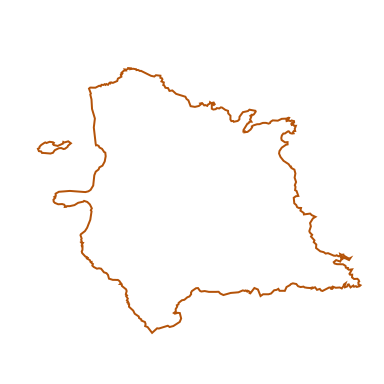 Ende, Nusa Tenggara Timur, Indonesia, rotated 74°
{"feature_id": "22746128B46201528673681", "entity_name": "Ende", "entity_type": "district", "adm_level": 2, "iso_a3": "IDN", "parent_name": "Indonesia", "parent_adm1": "Nusa Tenggara Timur", "projection": "equal_earth", "projection_center": [121.742, -8.674], "detail": "fine", "context": "isolated", "style": "outline", "palette": "amber", "viewbox_px": 384, "rotation_deg": 74, "n_neighbors": 0, "source": "geoboundaries", "source_scale": "gbopen_adm2", "svg_char_len": 5949}
<svg xmlns="http://www.w3.org/2000/svg" viewBox="0 0 384 384"><g transform="rotate(74 192 192)"><path d="M320.5,98.8L320.4,95.9L322.4,95.0L323.1,93.8L321.6,86.5L321.9,85.5L323.4,85.0L323.8,84.1L323.4,83.3L322.1,83.7L321.7,82.9L323.7,80.2L324.5,76.3L326.0,74.6L323.8,71.9L322.8,71.5L322.1,69.6L324.6,71.4L325.8,71.3L325.5,68.7L324.0,67.8L324.0,66.8L327.4,65.9L326.4,62.7L327.7,62.4L327.7,60.4L328.7,59.7L328.7,57.0L328.1,55.8L326.7,57.4L324.7,57.0L324.0,55.9L322.3,56.2L321.0,57.0L320.3,60.2L318.2,61.7L315.6,60.8L315.1,62.8L314.1,63.2L310.5,59.5L310.0,62.6L308.8,63.6L308.0,63.1L307.1,65.0L305.3,64.8L303.1,66.8L301.3,72.6L300.0,74.7L298.5,75.1L297.2,72.2L299.7,68.7L298.3,67.5L298.0,66.3L296.2,67.0L295.5,65.8L297.5,64.2L297.7,63.2L300.7,59.8L299.1,57.9L299.3,59.1L298.4,60.4L294.9,63.7L293.9,63.7L293.6,65.6L292.5,66.7L294.2,66.8L294.1,69.0L292.7,70.3L292.9,71.4L292.3,73.2L288.3,78.1L288.0,80.5L286.1,82.0L284.4,85.0L280.0,88.2L276.7,87.0L273.7,88.8L272.2,87.6L267.6,89.9L266.3,88.3L263.4,89.9L261.9,90.0L257.8,87.2L254.4,87.1L250.7,83.0L249.9,80.2L247.2,83.3L245.3,84.4L244.4,90.6L242.9,90.4L239.8,92.9L237.4,91.6L236.7,93.9L235.5,95.1L233.2,95.4L231.1,96.8L225.6,95.8L224.7,93.4L225.1,90.9L219.9,91.2L218.6,92.4L215.6,91.1L213.8,91.3L211.1,89.2L206.5,89.4L202.7,87.5L198.7,87.4L196.7,89.5L193.9,90.1L196.5,89.8L191.8,91.5L187.3,95.4L182.6,97.3L179.0,97.7L176.7,96.6L174.1,93.5L172.5,88.7L172.6,87.0L170.4,86.4L169.9,88.9L166.8,91.5L164.7,91.3L162.4,90.0L161.0,88.1L161.4,86.7L160.2,83.2L160.3,82.3L162.5,81.3L163.4,79.7L163.6,78.2L162.3,78.4L161.5,77.4L161.8,76.0L159.7,75.9L157.0,73.9L156.6,75.5L155.2,76.0L155.1,77.6L154.0,77.8L153.3,77.1L153.3,74.7L152.0,74.4L150.7,76.6L151.1,77.5L149.9,79.6L149.9,81.5L148.7,81.4L148.3,78.9L147.5,78.2L147.2,78.8L147.5,80.9L146.4,85.6L147.1,89.8L145.4,94.7L146.2,97.2L147.2,98.0L147.4,99.5L145.9,101.9L145.1,104.9L145.4,108.4L144.8,110.8L144.9,114.5L145.4,116.4L146.4,116.4L148.1,118.5L149.5,122.0L149.1,125.1L148.2,124.7L148.0,125.9L146.6,125.4L141.5,119.8L141.6,118.8L140.4,117.5L140.8,115.5L138.4,116.2L135.9,114.2L134.9,114.9L134.2,113.2L134.7,112.4L134.4,111.1L132.3,108.6L131.4,108.7L128.7,114.1L129.6,115.9L129.3,121.1L132.8,125.6L135.3,126.5L136.3,128.5L136.0,132.5L135.1,132.8L134.7,134.6L132.9,135.1L129.3,134.0L126.5,135.5L123.9,135.0L122.3,137.3L119.1,139.9L118.6,141.0L119.2,142.7L118.2,145.1L118.9,146.4L118.6,148.8L117.4,150.0L113.9,149.0L113.6,148.0L114.4,147.1L113.9,146.0L112.0,146.5L111.9,149.0L110.7,149.9L112.0,150.6L112.3,152.4L113.4,153.6L112.2,155.1L112.1,156.4L109.3,157.8L109.2,159.6L110.1,159.2L111.2,161.7L111.0,165.7L109.1,169.7L102.9,170.2L101.1,171.6L98.6,172.1L93.3,180.2L89.0,182.9L88.6,185.8L85.5,186.4L84.5,188.8L81.7,189.4L81.3,190.1L78.9,188.9L77.3,190.9L75.6,189.4L74.5,189.5L73.5,190.9L71.5,190.3L69.8,194.5L70.6,196.4L69.0,199.4L61.5,207.6L61.3,208.7L59.8,210.2L59.5,211.8L58.6,211.9L57.3,214.6L56.9,217.3L56.2,216.8L55.3,219.2L56.0,219.4L56.3,221.2L55.7,222.7L56.9,222.3L56.5,223.9L57.9,226.7L58.8,226.2L59.5,227.0L59.1,227.6L59.5,228.1L61.7,228.1L62.6,232.0L64.7,233.3L65.3,238.0L64.3,239.6L65.1,240.5L64.3,241.2L65.8,243.2L64.6,244.6L65.2,245.6L64.3,246.3L64.7,247.5L64.0,249.5L65.2,250.6L64.3,251.9L65.1,256.0L63.6,261.1L64.2,262.5L69.5,262.1L70.3,262.9L75.3,263.1L84.6,265.2L94.6,265.1L102.9,268.6L119.1,271.3L120.7,271.4L120.8,270.3L122.0,269.0L123.7,268.7L125.7,266.6L129.4,265.4L130.2,264.5L133.8,265.1L138.6,267.5L142.0,270.8L142.8,274.2L144.6,275.6L145.9,278.9L149.0,281.3L158.6,285.2L162.0,288.9L162.8,291.4L162.7,294.5L157.3,309.1L155.1,319.9L156.0,323.6L158.2,324.0L158.8,325.7L159.9,325.1L161.2,327.3L163.2,327.6L164.7,326.8L166.9,324.0L167.8,320.1L169.0,318.3L170.4,317.9L171.3,318.4L171.6,316.9L171.1,316.1L171.9,313.3L172.2,308.6L171.0,304.4L171.3,299.2L170.8,298.2L172.7,295.4L175.8,293.6L180.1,292.8L181.7,294.3L182.9,293.9L190.6,297.4L197.5,302.7L200.1,305.7L202.0,310.5L202.8,311.1L206.3,310.9L207.3,311.7L209.5,311.6L209.7,312.5L210.8,312.0L211.0,311.0L212.8,312.7L213.9,312.8L214.0,312.2L217.5,313.3L218.8,314.4L220.5,314.4L224.8,312.2L225.4,311.1L226.4,311.4L226.7,310.5L227.3,311.0L229.3,309.0L231.3,308.8L231.5,307.8L232.6,308.1L233.9,307.1L235.3,308.1L237.0,307.1L239.5,304.5L239.7,302.4L240.7,300.5L244.9,298.8L246.4,296.6L248.6,295.6L252.4,295.7L254.6,292.4L256.1,287.5L257.4,286.4L260.3,285.4L260.7,286.4L261.4,285.0L263.1,285.2L267.4,282.2L269.2,282.1L272.0,283.8L273.5,283.0L273.9,284.0L276.8,283.1L278.3,284.5L279.5,283.7L280.4,284.5L281.4,283.5L282.1,284.0L282.7,283.4L284.9,284.2L289.8,281.2L293.2,280.6L297.0,277.5L298.6,277.6L300.4,275.9L301.7,276.0L304.0,273.1L306.1,273.0L308.0,274.0L309.6,271.9L316.4,269.2L313.4,263.1L314.1,261.5L313.9,252.1L315.6,250.7L315.7,246.9L313.5,239.6L310.6,237.3L305.0,237.1L304.2,239.0L304.2,242.0L303.3,242.8L302.4,240.5L300.1,240.0L298.1,237.8L296.7,237.8L296.3,236.0L294.9,235.4L293.3,231.6L293.5,229.0L291.9,225.5L291.7,223.2L290.0,221.0L288.5,220.7L287.2,219.4L285.6,214.7L286.0,212.7L289.2,211.6L290.2,210.5L290.7,207.1L292.7,203.2L295.3,193.9L297.4,192.8L299.7,190.2L299.7,182.6L301.2,175.0L300.6,170.3L301.6,168.6L301.4,167.8L302.8,166.5L302.1,166.0L302.8,165.0L303.8,164.2L305.0,164.6L305.5,163.9L301.5,158.5L303.9,155.5L310.9,154.8L309.9,151.8L311.4,146.5L311.4,144.0L309.1,140.1L309.4,137.7L308.9,135.7L311.1,135.1L312.6,130.0L309.4,127.3L308.5,123.5L307.8,122.4L307.6,120.2L309.2,117.1L311.8,116.0L313.3,113.8L313.7,110.9L314.7,110.1L315.8,107.8L316.9,104.8L317.0,102.3L317.4,101.8L317.7,102.2L317.5,100.0L320.5,98.8ZM113.3,298.4L111.8,295.0L109.2,297.0L109.2,301.1L108.4,301.9L109.9,302.8L110.7,308.4L108.7,312.0L107.7,312.4L106.7,311.2L105.9,311.9L104.5,315.0L104.8,318.4L103.9,319.4L104.1,320.4L105.2,323.9L106.4,326.0L107.6,326.5L108.0,328.2L110.5,327.9L111.5,325.8L113.1,325.4L113.8,323.1L113.5,322.8L113.9,323.0L116.0,317.5L116.0,314.9L114.0,312.4L113.2,308.0L113.7,305.6L115.3,303.6L115.4,302.1L114.3,299.2L113.3,298.4Z" fill="none" stroke="#b45309" stroke-width="2"/></g></svg>